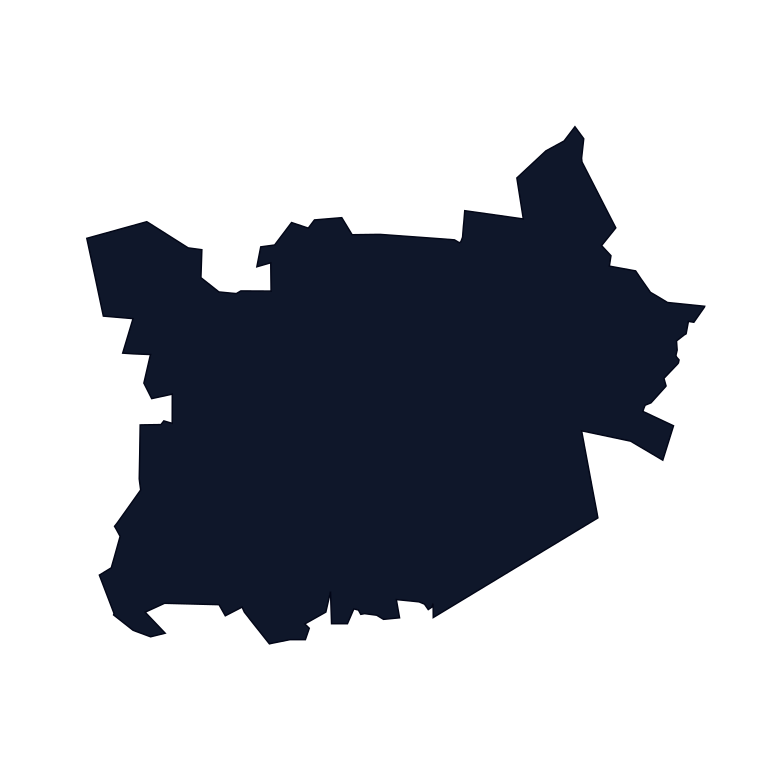 the district of Moctezuma, Sonora, Mexico, rotated 6°
{"feature_id": "50627088B96835442150704", "entity_name": "Moctezuma", "entity_type": "district", "adm_level": 2, "iso_a3": "MEX", "parent_name": "Mexico", "parent_adm1": "Sonora", "projection": "equal_earth", "projection_center": [-109.717, 29.748], "detail": "fine", "context": "isolated", "style": "filled", "palette": "ink", "viewbox_px": 768, "rotation_deg": 6, "n_neighbors": 0, "source": "geoboundaries", "source_scale": "gbopen_adm2", "svg_char_len": 2158}
<svg xmlns="http://www.w3.org/2000/svg" viewBox="0 0 768 768"><g transform="rotate(6 384 384)"><path d="M520.7,135.2L494.6,165.2L505.3,205.3L446.2,203.2L446.5,215.1L446.5,218.6L446.8,229.8L445.6,234.4L444.3,235.7L439.1,233.3L433.3,233.4L433.2,233.4L433.1,233.5L430.4,233.5L365.2,235.6L363.0,235.8L361.1,236.0L336.7,238.9L324.6,223.0L297.7,228.1L292.4,236.9L275.2,233.1L260.7,257.2L247.1,260.5L245.3,280.7L256.4,276.2L258.7,275.3L258.8,276.1L261.9,302.6L262.0,303.4L231.9,306.4L227.7,309.5L223.0,309.6L210.2,309.7L190.8,297.4L189.6,280.5L188.8,269.5L175.0,269.1L133.2,248.4L131.1,247.4L73.2,270.2L85.2,306.8L97.8,345.8L127.6,345.2L120.9,380.6L131.3,380.2L133.1,380.1L148.8,379.1L148.4,381.3L145.1,408.2L154.5,422.8L174.5,416.2L177.5,445.3L168.9,443.7L166.4,447.7L150.5,449.6L145.8,450.2L148.4,479.4L150.5,503.9L151.2,507.0L153.1,514.8L140.1,537.9L132.9,550.6L130.9,553.7L132.9,556.4L137.5,563.1L133.7,585.6L132.9,590.1L132.0,595.3L130.6,596.4L120.9,603.8L139.4,640.2L139.4,640.8L139.2,641.9L160.3,655.2L178.3,659.8L192.4,654.7L170.3,635.9L188.7,625.0L243.0,620.7L250.4,631.1L266.2,620.7L269.0,625.5L273.9,630.5L274.3,631.0L282.3,639.2L283.0,639.9L297.2,654.4L299.5,653.6L317.1,648.1L332.5,646.5L335.2,634.7L330.3,630.9L350.0,616.9L352.5,595.9L356.9,627.9L372.7,626.2L377.5,610.8L382.2,611.5L385.0,615.5L388.7,614.4L400.9,614.7L408.1,618.1L423.9,614.9L418.8,597.1L433.6,597.0L441.7,597.0L447.3,598.7L451.6,603.7L454.9,600.9L455.8,597.1L457.4,611.1L559.5,533.6L610.7,494.8L609.7,491.4L609.5,490.6L600.6,461.0L600.2,459.5L599.7,458.0L590.1,425.7L589.6,424.2L589.2,422.6L585.4,409.9L633.7,414.9L635.1,415.0L669.2,430.6L676.3,395.3L644.3,384.2L644.9,381.3L645.9,377.8L651.5,374.8L664.6,356.8L664.7,356.4L661.8,349.1L673.9,333.4L674.6,332.2L674.9,329.2L672.3,326.8L671.3,325.1L672.0,319.6L670.4,310.6L677.3,303.9L679.2,302.5L680.2,289.9L685.7,290.2L694.6,274.1L694.8,273.2L689.1,273.2L657.4,273.3L644.8,267.4L639.4,265.0L628.6,252.6L622.4,245.2L619.3,245.0L595.8,243.2L596.3,232.7L585.9,223.6L598.2,204.5L591.3,194.0L561.5,148.3L557.7,142.5L556.9,138.8L557.0,119.2L547.0,108.2L537.7,123.5L520.7,135.2Z" fill="#0f172a" stroke="#020617" stroke-width="1.5"/></g></svg>